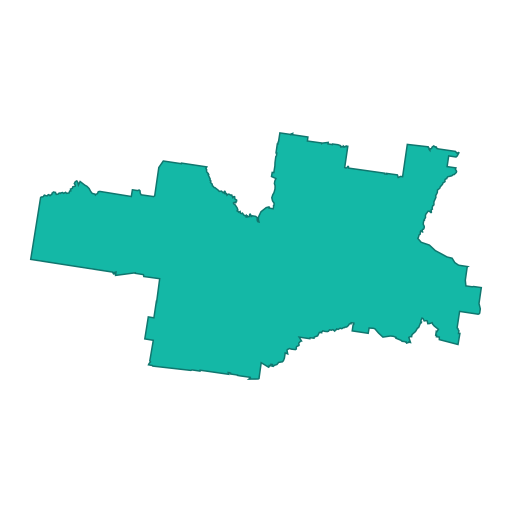 Hepburn, Victoria, Australia
{"feature_id": "25037944B22879671704108", "entity_name": "Hepburn", "entity_type": "district", "adm_level": 2, "iso_a3": "AUS", "parent_name": "Australia", "parent_adm1": "Victoria", "projection": "natural_earth1", "projection_center": [144.036, -37.317], "detail": "fine", "context": "isolated", "style": "filled", "palette": "teal", "viewbox_px": 512, "rotation_deg": 0, "n_neighbors": 0, "source": "geoboundaries", "source_scale": "gbopen_adm2", "svg_char_len": 6076}
<svg xmlns="http://www.w3.org/2000/svg" viewBox="0 0 512 512"><path d="M200.0,371.1L200.1,370.2L228.7,374.3L228.2,372.5L229.7,372.7L229.7,373.1L230.7,373.3L230.6,374.0L237.5,375.0L237.5,375.4L240.2,375.9L250.2,377.3L250.4,377.9L248.9,379.1L258.1,379.0L259.0,378.5L261.2,362.7L268.6,367.2L269.1,366.8L269.2,365.5L270.7,365.8L270.9,364.3L272.5,364.5L272.2,366.1L273.2,366.4L274.4,365.3L276.9,364.5L278.7,362.4L282.4,361.8L283.4,360.7L284.4,358.2L285.2,352.9L287.7,353.9L287.0,350.6L287.3,349.6L289.4,348.5L291.2,349.1L295.4,349.6L296.3,349.0L296.3,347.3L296.7,346.5L298.9,345.5L299.1,345.0L298.7,343.7L298.9,343.0L300.5,341.2L301.5,341.0L299.1,337.1L309.9,338.7L310.1,337.7L314.0,338.2L314.1,337.3L314.7,336.9L317.6,335.9L319.4,332.4L321.4,332.7L321.2,332.1L322.1,331.8L322.9,330.8L324.8,331.4L327.4,331.6L328.5,331.2L329.5,329.8L331.4,330.2L332.9,329.6L334.7,331.1L335.2,330.3L336.3,329.7L336.7,328.9L338.1,329.4L340.1,328.2L341.8,328.7L343.4,327.7L344.6,327.6L345.1,327.1L346.7,327.0L348.5,325.4L349.1,324.2L350.0,323.7L351.0,323.8L351.1,322.7L353.9,323.1L353.7,324.5L353.1,324.8L352.2,330.9L368.2,333.3L369.1,328.0L373.5,328.3L374.9,328.8L378.5,333.0L382.9,337.1L390.4,336.0L393.4,336.3L396.1,337.4L395.9,338.2L401.0,340.3L402.1,341.3L404.8,341.6L405.6,342.1L406.1,341.9L406.6,343.1L409.0,342.3L408.6,341.3L409.4,342.3L410.5,342.5L408.8,337.4L410.6,336.5L411.6,336.7L412.0,334.6L415.5,331.5L417.5,328.1L418.6,327.6L420.7,322.5L421.4,322.7L421.5,322.0L420.8,321.9L421.0,320.3L422.0,318.1L423.1,318.6L424.2,320.9L426.3,320.6L427.2,320.9L427.8,323.7L429.4,323.6L432.1,322.7L432.6,324.1L434.2,326.0L438.4,329.3L436.9,331.7L436.3,331.3L435.7,335.2L436.6,335.3L436.4,336.7L439.3,337.1L439.3,339.6L458.0,344.5L459.9,333.5L458.5,333.5L458.9,330.7L458.0,329.5L457.9,328.5L457.1,327.9L459.6,311.4L478.2,314.2L479.4,313.6L479.7,313.0L480.3,308.9L479.0,303.5L481.3,287.6L473.5,286.5L472.3,286.8L465.9,285.9L465.3,280.2L467.2,266.9L467.7,266.6L458.6,265.2L454.8,262.6L452.1,258.2L447.1,257.0L435.3,250.6L429.4,245.1L421.2,242.3L417.8,238.4L418.6,236.8L418.9,235.1L420.1,234.3L420.4,231.7L420.7,230.9L421.2,230.9L422.3,232.0L422.6,231.9L422.3,231.5L422.3,230.0L422.6,229.4L423.5,229.2L423.9,228.6L424.3,227.0L424.1,226.0L423.3,224.4L423.3,222.9L423.9,220.2L424.4,220.2L424.4,219.3L425.5,217.6L425.4,215.7L425.8,214.3L428.1,211.2L429.2,211.2L431.0,212.6L431.4,212.3L431.1,210.0L432.4,209.1L432.1,207.9L432.5,206.7L432.8,205.7L433.6,205.3L433.9,204.7L433.9,201.8L435.9,197.4L435.7,195.7L437.3,192.6L437.5,190.0L439.7,188.3L440.2,186.9L442.5,184.3L442.9,183.0L445.0,181.6L444.8,180.2L445.4,179.1L446.8,178.6L446.8,178.1L447.7,176.8L451.8,175.8L453.2,174.6L454.1,174.6L456.3,172.5L456.6,171.3L455.4,169.2L455.9,167.9L447.1,166.6L448.7,155.9L456.0,157.0L456.1,156.7L457.1,156.1L458.9,152.8L458.4,152.5L457.1,153.3L455.4,151.4L438.3,148.9L436.9,148.5L436.4,147.1L435.7,147.3L435.5,146.8L434.7,146.8L433.8,145.9L432.2,147.0L431.5,148.5L430.0,148.9L429.9,150.4L429.1,149.4L428.9,147.9L428.0,147.2L428.1,146.8L407.3,144.4L402.6,176.7L400.7,176.4L398.2,177.5L397.4,174.9L386.7,173.4L386.8,174.2L384.6,173.9L384.7,173.2L348.6,168.1L348.4,166.5L347.9,166.4L346.8,167.8L346.0,168.0L344.7,167.5L347.8,146.3L346.6,146.1L346.6,146.5L346.1,146.0L344.7,147.0L343.4,146.0L343.3,146.9L341.9,146.6L340.9,147.1L340.4,146.1L340.5,145.6L337.9,144.7L332.5,144.0L332.4,144.6L328.0,143.9L328.2,142.4L322.4,143.1L321.8,143.5L321.8,143.0L307.4,141.0L307.9,137.0L292.5,134.7L292.7,133.4L291.4,133.9L291.6,134.4L291.0,134.7L290.8,134.1L290.2,134.4L279.9,132.9L278.5,141.8L278.1,142.1L277.8,144.1L277.3,144.0L276.0,152.9L276.8,153.0L276.4,156.0L275.8,156.6L275.0,162.7L274.9,165.8L273.8,172.6L272.2,172.4L271.5,176.5L275.9,178.5L274.8,181.1L274.4,183.6L275.1,185.7L275.0,189.0L274.0,192.6L272.8,194.7L271.8,197.7L272.5,200.8L274.1,203.2L274.0,205.2L273.5,205.7L273.6,206.9L273.1,208.8L269.1,208.1L269.3,207.3L269.0,206.9L266.2,207.6L261.0,211.7L258.4,217.2L258.4,219.8L259.0,222.0L257.9,221.7L257.3,220.7L257.1,218.9L257.5,218.0L255.7,216.4L252.4,215.8L252.0,215.9L251.7,216.5L251.1,216.5L251.0,215.3L250.1,214.1L249.7,214.4L249.3,216.6L247.4,216.9L247.6,216.3L247.2,215.3L247.3,216.4L246.2,216.9L246.1,215.3L245.6,215.7L244.7,215.6L244.0,215.2L242.4,213.1L241.4,213.6L240.4,213.2L240.1,211.5L238.7,212.2L238.0,211.2L237.2,211.1L237.1,210.6L237.8,209.8L237.2,208.0L235.1,204.8L234.0,204.1L233.4,203.0L234.2,202.3L235.7,202.8L236.0,202.5L235.8,201.7L236.7,201.0L236.6,200.0L235.1,199.2L234.6,198.0L234.8,197.0L234.5,196.6L233.7,196.6L232.8,197.6L231.7,195.0L231.0,195.3L228.9,194.1L227.8,194.3L227.0,195.2L226.3,193.5L225.2,193.8L224.6,193.5L225.3,192.2L225.0,191.4L224.5,191.3L223.8,192.3L223.0,192.7L221.5,191.1L219.2,191.4L218.7,190.6L214.9,187.6L214.2,187.6L212.9,186.0L212.4,185.8L212.1,184.0L210.5,182.5L210.9,181.0L210.1,180.4L210.1,178.8L208.4,175.3L208.7,174.6L208.1,174.2L208.3,173.6L206.7,171.9L206.5,170.7L206.7,169.8L205.9,168.5L206.8,166.9L181.5,163.1L181.4,163.7L163.3,161.0L158.8,167.5L154.7,195.8L153.6,196.6L141.1,194.8L140.2,193.0L140.0,190.8L139.1,190.0L137.7,190.6L132.4,189.8L131.3,196.5L99.8,191.4L98.3,191.7L97.5,193.5L96.6,194.1L95.9,194.2L95.4,195.0L94.6,194.0L92.2,193.4L90.6,191.3L89.1,188.5L86.9,186.3L84.9,185.2L80.1,181.5L78.4,185.0L77.8,182.4L76.8,180.9L75.3,181.7L74.3,183.6L75.3,185.1L75.2,186.2L72.8,186.8L72.4,188.3L70.5,189.1L70.8,190.9L69.6,191.1L69.1,192.9L66.7,193.4L65.6,192.3L63.7,193.4L62.6,192.5L60.6,193.0L60.4,193.4L59.2,193.0L58.0,194.2L56.3,194.4L55.9,193.4L55.3,192.8L55.4,192.4L53.4,192.0L52.8,192.8L52.2,193.0L51.7,194.6L50.4,195.1L50.3,195.6L49.7,195.6L48.8,194.6L48.1,194.8L47.3,195.8L46.1,195.8L44.5,195.1L44.0,195.4L43.7,196.3L42.7,196.9L41.2,197.0L40.6,197.6L30.7,259.4L112.6,272.1L113.3,273.6L114.0,274.1L114.5,273.4L113.6,273.1L113.7,272.7L116.0,272.0L115.6,275.4L135.2,272.8L135.2,273.3L143.4,274.6L143.8,276.5L159.7,278.7L156.6,302.1L156.3,301.8L153.9,317.8L148.3,316.9L144.8,338.9L153.3,340.3L149.8,360.9L150.5,361.9L149.1,363.5L148.5,364.8L152.3,365.5L152.8,366.1L190.9,370.4L192.0,369.9L200.0,371.1Z" fill="#14b8a6" stroke="#0f766e" stroke-width="1.5"/></svg>